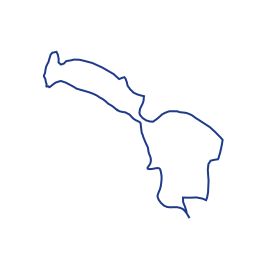 Monchy/Careffe, Gros Islet, Saint Lucia, rotated 213°
{"feature_id": "8701671B75171816704867", "entity_name": "Monchy/Careffe", "entity_type": "district", "adm_level": 2, "iso_a3": "LCA", "parent_name": "Saint Lucia", "parent_adm1": "Gros Islet", "projection": "albers", "projection_center": [-60.95, 14.06], "detail": "fine", "context": "isolated", "style": "outline", "palette": "blue", "viewbox_px": 256, "rotation_deg": 213, "n_neighbors": 0, "source": "geoboundaries", "source_scale": "gbopen_adm2", "svg_char_len": 2995}
<svg xmlns="http://www.w3.org/2000/svg" viewBox="0 0 256 256"><g transform="rotate(213 128 128)"><path d="M126.6,146.8L128.3,150.5L129.1,156.7L129.9,159.7L130.7,160.9L131.9,163.4L134.1,162.6L134.8,162.3L136.6,161.8L138.6,161.2L140.3,161.0L141.6,160.8L143.3,160.7L143.9,161.0L144.9,161.2L146.3,161.4L147.5,161.7L148.8,162.3L150.1,162.7L151.1,163.1L152.3,164.1L153.5,165.4L154.8,166.4L155.9,167.2L157.0,168.1L158.8,168.6L159.5,167.7L160.3,166.8L160.8,166.0L161.2,165.5L161.5,165.0L161.8,164.6L162.1,164.2L169.4,165.4L182.7,164.7L193.3,163.1L200.6,160.7L205.9,158.8L210.5,156.0L213.1,153.3L216.2,150.5L216.9,147.0L218.8,144.7L219.0,144.7L221.9,145.1L223.8,148.2L226.8,151.3L229.5,152.9L231.7,150.6L232.5,149.8L232.8,147.3L231.9,144.1L231.3,142.1L230.6,139.9L230.5,137.9L230.0,134.7L228.9,131.8L227.6,129.1L227.1,126.3L226.5,125.4L225.6,124.9L224.2,124.2L223.0,123.0L221.8,121.7L220.1,120.4L219.3,118.7L219.0,118.4L218.6,118.6L217.4,119.6L216.3,119.3L215.7,120.3L214.6,123.7L213.5,126.6L211.7,128.9L209.9,130.9L204.7,132.2L201.5,132.5L197.0,132.9L192.6,133.0L188.2,134.3L184.8,135.4L180.0,136.8L176.0,137.7L172.5,138.2L170.6,138.3L168.6,138.2L164.8,138.5L161.2,138.2L157.7,137.6L154.6,137.8L153.8,137.8L151.8,137.7L147.1,137.1L147.1,137.4L145.4,137.3L145.1,137.3L144.0,137.5L142.1,138.2L141.2,138.5L139.0,139.6L134.1,140.1L128.8,138.8L125.7,138.8L122.0,139.3L120.6,139.2L119.6,138.4L118.2,136.5L116.7,134.8L115.3,133.1L114.0,131.6L111.8,130.1L110.2,128.7L107.6,126.9L106.0,125.8L103.7,124.3L100.7,122.5L99.6,121.2L98.7,120.2L97.8,119.2L96.1,117.7L94.2,116.5L92.6,115.1L91.4,113.7L90.5,112.0L89.9,110.0L89.9,107.9L90.0,105.8L89.9,105.1L89.4,104.7L88.8,104.6L87.8,105.1L85.9,106.4L84.1,108.1L81.8,110.3L80.3,111.0L80.0,111.1L79.3,111.0L78.7,110.9L77.6,110.1L75.8,108.3L73.8,106.1L72.1,103.6L70.4,100.4L68.7,96.7L67.8,93.9L67.3,90.8L66.5,87.6L65.5,86.2L63.1,84.5L59.8,83.2L55.5,82.5L52.1,83.1L49.4,84.5L47.2,86.0L43.7,88.3L40.9,89.4L38.1,89.9L35.6,89.5L32.7,88.6L32.3,88.4L33.5,89.8L37.3,93.0L41.4,95.9L44.0,99.6L42.7,100.4L37.9,103.4L32.7,107.1L26.9,109.4L23.2,110.0L23.8,112.8L25.8,117.6L31.6,127.5L38.3,136.4L40.9,141.5L40.9,145.6L38.0,148.6L35.5,150.8L35.8,152.5L36.1,153.5L36.4,154.3L36.7,155.4L37.1,156.8L37.5,158.1L38.1,159.5L38.7,161.3L39.3,162.9L39.8,163.9L40.1,164.9L40.3,165.5L40.8,166.4L41.1,167.2L41.5,168.1L42.0,169.1L42.2,169.6L45.4,170.5L52.6,172.1L59.8,173.3L69.0,173.3L75.0,173.3L76.2,173.2L77.7,173.3L78.6,173.4L79.5,173.4L80.7,173.5L81.7,173.5L82.7,173.3L83.6,173.2L84.6,173.0L85.4,172.8L86.2,172.7L87.1,172.4L87.8,172.2L88.5,171.8L89.2,171.5L90.8,170.7L92.3,169.9L93.2,169.5L94.1,169.2L95.9,168.8L98.7,167.0L99.9,166.2L100.9,165.6L101.8,165.0L102.5,164.4L103.3,163.5L104.4,162.0L105.8,159.9L106.2,159.0L106.7,158.2L107.0,157.4L107.2,156.2L107.4,155.6L107.7,154.7L107.9,153.8L108.4,152.3L108.7,151.3L110.4,147.0L113.1,145.4L116.9,144.3L121.1,144.3L124.9,145.4L126.6,146.8ZM27.3,85.9L29.8,87.2L32.3,88.4L29.5,87.0L27.3,85.9Z" fill="none" stroke="#1e3a8a" stroke-width="2"/></g></svg>